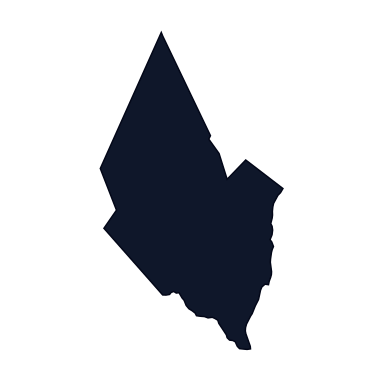 the district of Antônio Almeida, Piauí, Brazil, rotated 175°
{"feature_id": "56859067B34563104892599", "entity_name": "Antônio Almeida", "entity_type": "district", "adm_level": 2, "iso_a3": "BRA", "parent_name": "Brazil", "parent_adm1": "Piauí", "projection": "equal_earth", "projection_center": [-44.257, -7.232], "detail": "fine", "context": "isolated", "style": "filled", "palette": "ink", "viewbox_px": 384, "rotation_deg": 175, "n_neighbors": 0, "source": "geoboundaries", "source_scale": "gbopen_adm2", "svg_char_len": 1084}
<svg xmlns="http://www.w3.org/2000/svg" viewBox="0 0 384 384"><g transform="rotate(175 192 192)"><path d="M123.9,93.0L122.9,96.3L121.1,100.1L120.1,102.9L119.7,105.7L120.1,115.2L119.6,118.4L118.1,124.9L117.1,127.7L115.6,130.6L116.9,135.3L118.4,137.7L116.0,142.4L115.0,147.0L115.2,150.9L116.3,153.6L114.4,159.1L113.8,162.0L113.6,165.8L112.8,170.1L111.7,173.6L106.7,181.2L103.9,183.6L101.1,187.5L135.7,219.2L155.9,201.6L161.7,228.0L170.7,243.2L168.7,246.5L207.6,350.0L208.7,353.6L281.3,223.4L268.8,180.5L282.9,163.5L239.0,104.0L230.2,92.0L226.9,91.6L223.3,91.9L221.5,93.8L218.8,94.5L216.5,92.7L213.7,92.8L211.1,87.3L209.3,84.8L207.7,79.5L205.3,76.0L202.1,73.6L199.4,71.1L198.3,68.4L196.4,67.9L193.4,67.3L190.4,66.8L187.0,65.2L182.7,65.4L180.5,64.2L177.5,62.1L176.7,58.7L170.2,46.7L169.7,43.8L167.5,41.2L164.3,40.5L162.0,39.1L160.3,34.3L158.3,31.8L150.9,30.4L147.4,30.6L147.4,33.2L150.7,46.1L151.0,48.9L150.5,52.2L149.2,55.7L145.7,61.3L144.3,63.5L142.7,65.5L138.9,73.0L135.1,79.1L132.3,88.2L130.7,91.3L127.3,93.8L123.9,93.0Z" fill="#0f172a" stroke="#020617" stroke-width="1.5"/></g></svg>